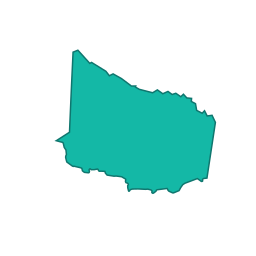 the district of Effingham, Georgia, United States of America, rotated 133°
{"feature_id": "52423323B28526478136706", "entity_name": "Effingham", "entity_type": "district", "adm_level": 2, "iso_a3": "USA", "parent_name": "United States of America", "parent_adm1": "Georgia", "projection": "mercator", "projection_center": [-81.266, 32.346], "detail": "fine", "context": "isolated", "style": "filled", "palette": "teal", "viewbox_px": 256, "rotation_deg": 133, "n_neighbors": 0, "source": "geoboundaries", "source_scale": "gbopen_adm2", "svg_char_len": 1817}
<svg xmlns="http://www.w3.org/2000/svg" viewBox="0 0 256 256"><g transform="rotate(133 128 128)"><path d="M110.8,36.1L64.3,67.9L61.4,75.2L65.2,78.3L63.2,83.8L66.6,83.8L68.3,89.8L64.2,95.2L65.4,99.8L63.0,101.7L65.9,105.5L65.5,110.5L69.1,110.7L70.0,116.7L73.4,118.6L74.0,123.7L79.2,125.9L80.1,132.5L85.4,134.0L92.0,146.1L93.0,150.5L92.0,151.0L95.0,154.1L96.3,166.5L98.6,175.8L102.5,177.3L101.6,182.9L104.9,199.4L106.8,200.0L105.3,217.7L110.0,219.9L139.9,194.5L171.0,167.9L186.2,171.8L184.1,167.8L183.3,166.4L183.1,165.5L183.4,164.8L185.7,161.4L186.4,158.4L189.3,155.0L191.1,154.3L192.0,153.6L194.0,150.6L194.6,149.5L194.5,148.7L193.8,142.9L193.6,142.2L193.3,141.7L192.8,141.5L189.6,135.9L189.0,134.5L189.2,133.9L190.4,132.1L190.2,129.7L188.0,126.7L187.5,126.2L187.0,126.1L185.9,126.7L185.6,127.4L185.4,127.7L185.0,128.0L184.5,128.1L184.1,128.1L183.9,128.0L183.7,127.8L183.6,127.6L183.6,127.0L183.6,126.5L181.5,124.3L178.9,122.4L178.7,121.8L178.8,121.4L179.1,120.8L179.3,120.1L179.1,119.4L177.9,118.2L175.7,115.6L175.5,115.3L176.4,113.8L176.7,111.2L175.5,109.4L172.8,105.4L171.2,103.9L168.0,99.4L167.0,94.9L167.4,94.3L168.2,93.9L168.8,93.4L169.1,92.9L169.3,92.3L169.3,91.9L168.9,91.4L168.7,90.7L168.7,90.1L168.9,89.5L169.3,89.1L170.4,88.9L171.9,87.4L173.5,84.9L173.7,84.5L173.3,84.0L173.0,84.0L172.0,84.2L171.2,84.1L169.6,83.1L165.7,79.1L161.0,73.5L159.2,71.8L157.7,69.1L157.6,68.0L157.7,67.5L158.2,67.1L158.8,66.7L159.0,66.2L158.8,65.3L158.1,64.9L155.6,64.5L154.7,64.5L154.1,64.8L153.2,64.5L145.6,58.2L145.9,57.0L146.3,56.1L146.3,55.0L146.2,54.6L145.0,51.1L144.3,50.5L144.3,50.4L139.5,48.2L139.2,48.0L138.3,48.1L135.7,48.8L132.1,49.3L129.6,48.7L117.7,42.8L117.3,40.2L117.1,38.1L116.8,37.6L116.3,37.3L115.8,37.3L114.8,38.4L113.9,38.4L113.3,38.2L110.8,36.1Z" fill="#14b8a6" stroke="#0f766e" stroke-width="1.5"/></g></svg>